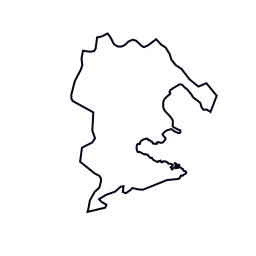 outline of Sevan, Gegharkunik, Armenia, rotated 22°
{"feature_id": "60910142B53261358782492", "entity_name": "Sevan", "entity_type": "district", "adm_level": 2, "iso_a3": "ARM", "parent_name": "Armenia", "parent_adm1": "Gegharkunik", "projection": "mercator", "projection_center": [45.001, 40.541], "detail": "fine", "context": "isolated", "style": "outline", "palette": "ink", "viewbox_px": 256, "rotation_deg": 22, "n_neighbors": 0, "source": "geoboundaries", "source_scale": "gbopen_adm2", "svg_char_len": 5870}
<svg xmlns="http://www.w3.org/2000/svg" viewBox="0 0 256 256"><g transform="rotate(22 128 128)"><path d="M121.9,220.9L136.7,210.4L136.7,207.2L131.0,206.4L127.8,204.8L132.6,198.3L139.9,191.8L143.1,185.3L145.6,183.6L147.2,189.3L150.4,189.3L153.6,184.4L154.5,182.0L160.1,181.2L165.0,179.6L183.6,161.7L194.2,156.1L194.2,155.9L194.6,155.5L194.6,155.3L194.6,155.2L194.4,154.8L194.4,154.6L194.5,154.4L194.9,153.8L195.0,153.6L195.0,153.4L194.8,153.1L194.8,152.8L194.9,152.3L195.0,152.2L195.5,152.0L196.0,152.0L196.3,151.9L196.5,151.8L196.7,151.5L196.9,150.9L197.1,150.5L198.2,149.2L198.7,148.4L198.7,148.1L198.7,147.7L198.6,147.4L198.5,147.1L198.3,146.9L198.1,146.8L197.8,146.7L196.9,146.6L196.7,146.7L196.4,146.8L195.7,146.8L195.5,146.7L195.2,146.6L194.8,146.1L194.6,145.7L194.3,145.5L194.1,145.4L193.5,145.4L193.2,145.5L192.6,145.4L192.4,145.3L191.6,144.9L191.3,144.8L191.1,144.8L190.6,145.0L190.0,145.6L189.6,146.1L189.3,146.3L189.1,146.3L189.0,146.1L189.6,145.4L189.9,144.9L190.0,144.7L189.9,144.6L189.6,144.5L188.8,144.8L188.4,144.9L188.2,144.8L188.1,144.6L188.1,144.4L188.2,144.2L188.7,144.0L189.3,143.4L189.4,143.2L189.2,142.9L188.9,143.1L188.2,143.6L187.8,144.1L187.6,144.3L187.5,144.5L187.5,144.9L187.5,145.2L187.5,145.5L187.9,146.1L188.0,146.4L187.9,146.7L187.9,147.0L187.7,147.2L187.6,147.3L187.2,147.2L186.9,147.1L186.7,146.9L186.6,146.6L186.6,146.0L186.7,145.4L186.9,144.9L186.9,144.6L186.9,144.2L186.8,143.8L186.7,143.4L185.4,143.0L185.0,143.0L184.8,142.9L184.6,142.9L184.6,143.0L185.1,143.6L185.4,143.8L186.0,143.8L186.5,144.1L186.6,144.3L186.7,144.6L186.7,144.9L186.6,145.3L186.0,146.2L185.6,147.1L185.4,147.5L185.4,148.0L185.1,148.8L184.8,149.5L184.6,149.8L184.4,149.8L184.2,149.9L184.0,149.7L183.9,149.5L184.0,149.3L183.8,149.1L183.5,148.9L183.4,148.6L183.2,148.6L182.5,148.7L182.3,148.5L182.3,148.3L182.4,148.1L182.8,147.7L183.0,147.2L183.0,146.8L183.3,146.0L183.4,145.7L183.3,145.4L183.1,145.2L182.9,145.2L182.6,145.2L181.3,145.2L180.8,145.3L180.5,145.4L179.3,145.6L178.7,145.9L178.4,145.6L178.2,145.4L177.2,145.3L177.1,145.2L176.9,145.0L176.6,144.9L176.2,144.9L175.7,144.9L175.4,145.0L175.2,145.2L174.0,145.3L173.6,145.4L173.1,145.8L172.9,146.5L172.7,146.7L172.6,146.9L172.3,147.1L171.7,147.1L171.2,147.0L171.0,146.9L170.8,146.7L170.6,146.2L170.4,146.1L170.0,146.6L169.7,146.8L169.0,146.9L168.8,147.1L168.8,147.4L168.8,147.8L168.7,148.1L168.4,148.2L168.1,148.4L167.5,148.4L167.1,148.4L166.3,148.4L165.1,148.3L162.8,147.9L162.0,147.3L161.3,146.6L161.0,146.6L160.6,147.0L160.2,147.3L159.8,147.3L159.2,147.1L158.7,146.9L156.9,145.8L156.1,145.4L155.8,145.5L155.6,145.6L155.4,145.8L154.8,145.8L154.0,145.6L153.7,145.8L153.0,146.4L152.7,146.4L151.8,146.3L150.1,146.0L149.1,146.0L148.6,145.9L148.3,145.8L147.9,145.7L147.5,145.8L146.6,146.5L146.1,146.6L145.8,146.5L145.5,146.2L144.8,145.3L144.0,144.4L143.6,143.6L143.4,143.0L143.2,142.6L142.8,141.6L142.8,141.2L142.7,140.6L142.7,140.1L142.9,139.5L143.1,139.1L143.3,138.9L143.6,138.8L144.5,138.8L144.8,138.6L144.9,138.4L145.0,138.0L144.8,137.4L144.6,137.0L144.6,136.6L144.7,136.1L145.0,135.4L145.3,134.7L145.7,134.1L146.0,133.6L146.4,133.1L149.0,130.9L149.5,130.7L149.9,130.7L150.3,130.8L150.6,131.0L151.1,131.5L151.3,131.6L151.6,131.6L151.8,131.4L152.1,131.2L152.5,131.2L153.4,131.3L153.6,131.5L153.8,131.7L154.2,131.9L154.5,131.9L154.9,131.8L155.4,131.8L156.0,132.0L156.3,132.3L156.7,132.8L156.9,133.0L157.2,133.1L157.4,133.1L158.4,132.7L159.1,132.3L159.9,132.3L160.2,132.2L160.6,131.9L160.7,131.7L160.4,131.0L160.3,130.8L160.4,130.5L160.6,130.2L160.9,130.0L161.2,129.8L161.7,129.7L163.7,129.6L164.1,129.4L165.3,128.7L165.6,128.4L165.8,128.1L166.6,125.7L166.8,124.6L166.8,124.0L166.7,123.5L166.3,123.2L165.8,122.9L164.7,122.5L163.4,121.7L162.8,121.4L162.5,121.1L162.4,120.8L162.4,120.4L162.9,119.3L163.2,118.3L163.6,117.5L164.4,116.4L165.4,115.2L167.7,113.4L168.1,113.1L168.5,112.9L169.0,112.8L169.6,112.9L170.8,113.4L171.3,113.5L172.2,113.7L173.3,113.7L174.5,113.8L176.2,113.8L177.0,113.7L177.5,113.5L177.8,113.3L178.0,113.0L178.1,112.7L178.0,112.0L177.8,111.4L177.5,110.8L177.2,110.5L176.3,110.7L174.9,110.7L170.5,110.2L169.7,110.1L169.3,109.9L168.9,109.7L168.7,109.4L168.5,109.1L168.3,108.3L167.0,104.9L166.8,104.4L166.5,104.1L165.0,102.9L162.8,101.6L161.0,100.7L159.0,99.8L157.5,99.2L156.5,98.6L155.5,98.0L154.8,97.6L154.3,97.1L153.2,95.9L152.8,95.2L152.4,94.4L151.4,92.0L151.1,91.1L150.9,89.6L150.9,89.0L151.0,87.8L151.1,87.0L151.4,86.4L152.3,84.4L152.9,83.2L153.2,82.6L153.3,82.3L153.8,81.6L154.1,81.2L154.2,80.9L154.3,80.5L154.3,80.2L154.2,79.8L154.1,79.6L153.2,79.4L153.0,79.0L152.9,78.5L152.9,77.8L153.1,77.2L153.3,76.7L153.7,76.0L154.8,74.3L157.7,70.6L158.3,69.7L159.0,68.8L159.3,68.5L159.9,68.0L160.2,67.9L160.9,67.7L161.9,67.7L162.4,67.8L163.2,68.1L164.3,68.7L164.6,68.8L165.1,69.1L165.6,69.3L166.1,69.3L166.6,69.5L168.0,69.8L168.4,69.9L168.8,70.2L169.3,70.6L170.7,71.2L172.5,72.3L172.9,72.5L173.4,72.6L173.6,72.6L176.3,74.8L176.9,75.0L177.4,75.4L177.8,75.6L178.2,75.7L179.8,76.0L180.6,76.2L181.6,76.3L182.8,76.7L183.3,77.0L184.6,77.3L185.5,77.7L185.8,77.9L186.2,78.4L186.9,79.2L187.0,79.5L187.4,80.0L187.7,80.2L188.0,80.7L188.4,81.1L188.9,81.5L190.6,82.5L190.9,82.7L191.1,82.8L191.7,82.6L192.5,82.2L193.1,81.7L193.9,81.5L194.8,81.5L195.4,81.7L196.1,81.9L196.9,81.8L197.6,81.8L198.5,82.2L198.2,64.9L183.9,57.1L177.8,63.2L166.9,59.9L155.5,53.2L148.6,51.8L142.6,48.4L138.9,43.8L132.6,39.2L127.8,38.4L120.8,35.1L116.0,43.3L112.7,47.0L110.6,47.0L102.7,44.0L99.2,44.4L96.0,47.7L93.8,52.5L90.9,55.3L87.6,56.3L83.5,55.5L78.1,50.8L73.7,48.0L69.1,53.2L65.4,55.6L68.2,66.3L67.8,69.4L63.8,71.7L57.3,73.2L58.9,81.1L62.0,86.7L62.4,91.4L61.1,104.5L63.0,118.4L64.6,122.1L66.7,123.7L90.0,126.5L95.9,143.8L101.3,149.9L100.3,154.8L92.7,163.5L96.2,177.2L114.1,182.6L119.5,183.1L121.6,184.7L123.0,187.7L123.7,194.2L121.0,199.8L119.8,209.5L121.2,216.0L121.9,220.9Z" fill="none" stroke="#020617" stroke-width="2"/></g></svg>